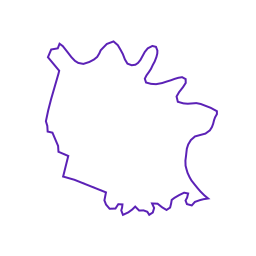 São Carlos, Santa Catarina, Brazil (Natural Earth projection), rotated 284°
{"feature_id": "56859067B22531693326931", "entity_name": "São Carlos", "entity_type": "district", "adm_level": 2, "iso_a3": "BRA", "parent_name": "Brazil", "parent_adm1": "Santa Catarina", "projection": "natural_earth1", "projection_center": [-53.023, -27.032], "detail": "fine", "context": "isolated", "style": "outline", "palette": "violet", "viewbox_px": 256, "rotation_deg": 284, "n_neighbors": 0, "source": "geoboundaries", "source_scale": "gbopen_adm2", "svg_char_len": 1785}
<svg xmlns="http://www.w3.org/2000/svg" viewBox="0 0 256 256"><g transform="rotate(284 128 128)"><path d="M193.2,41.2L188.3,40.6L185.6,34.5L181.2,33.8L177.3,33.2L166.9,47.4L163.8,47.4L137.5,46.4L125.8,46.3L114.7,46.7L110.5,49.2L105.1,50.9L105.2,55.8L93.7,64.5L88.1,66.3L86.4,76.8L65.2,76.8L64.8,88.5L60.2,122.2L52.1,122.6L48.4,125.2L45.2,129.7L46.8,135.3L51.7,137.0L52.5,141.1L49.4,141.5L46.4,141.4L42.5,144.1L46.2,148.7L49.9,151.8L53.5,154.0L50.6,158.8L51.8,163.0L51.4,167.0L48.9,169.6L52.0,172.5L56.7,172.7L60.6,169.6L61.7,175.0L59.3,180.3L57.8,185.2L61.0,188.1L65.0,188.1L68.8,187.8L71.5,190.0L75.3,193.9L78.8,198.1L79.0,202.2L74.8,202.2L71.5,201.4L68.4,203.6L68.3,208.6L72.5,210.8L75.4,215.2L77.2,218.5L79.0,222.8L81.1,218.4L83.9,213.7L86.3,210.3L89.3,206.3L92.4,202.3L95.0,199.8L98.8,196.7L102.0,194.8L105.3,193.0L110.2,191.6L115.3,191.0L119.0,190.5L122.2,190.1L126.6,190.4L131.5,191.9L136.0,195.0L138.7,199.8L141.3,204.5L145.5,208.0L149.2,209.2L152.6,209.6L156.5,209.6L159.4,209.9L163.0,210.9L165.8,210.2L167.6,203.3L168.2,198.4L168.9,192.8L168.7,188.3L167.6,185.0L166.0,180.1L165.3,175.8L165.5,170.0L170.3,167.5L175.2,168.9L181.0,171.5L185.7,173.1L189.4,172.1L190.4,168.2L188.9,164.7L186.9,161.3L184.7,158.1L182.5,154.4L179.9,150.3L177.3,144.6L176.4,139.6L176.5,134.5L179.9,132.4L183.5,133.2L187.5,134.8L191.0,136.0L195.1,136.8L198.9,137.8L203.8,138.4L207.3,138.4L210.2,137.8L213.5,135.5L213.5,131.8L210.1,127.9L205.9,125.9L201.7,124.8L197.1,123.6L193.6,122.0L191.2,119.9L189.8,116.4L190.3,111.9L193.8,108.4L198.5,105.1L201.9,102.0L205.9,98.1L208.5,93.0L204.4,87.1L199.6,84.3L196.8,82.7L193.4,82.1L189.5,80.9L186.2,78.4L182.7,74.5L179.4,69.2L179.1,64.0L180.3,60.3L183.0,56.0L187.2,50.7L189.6,47.6L191.7,44.9L193.2,41.2Z" fill="none" stroke="#5b21b6" stroke-width="2"/></g></svg>